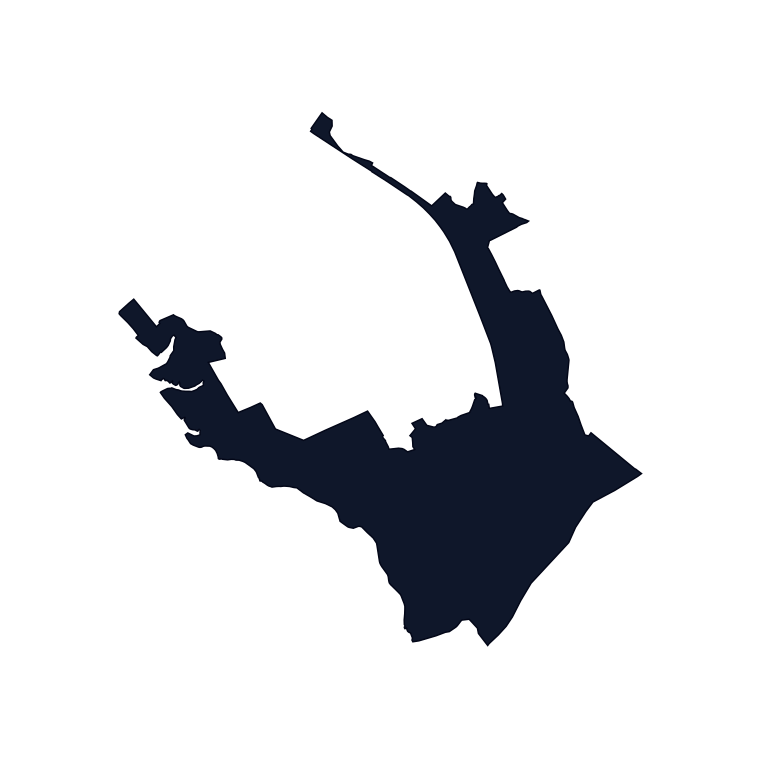 outline of Cernavoda, Constanta, Romania, rotated 202°
{"feature_id": "2599482B32404237581022", "entity_name": "Cernavoda", "entity_type": "district", "adm_level": 2, "iso_a3": "ROU", "parent_name": "Romania", "parent_adm1": "Constanta", "projection": "robinson", "projection_center": [28.079, 44.315], "detail": "fine", "context": "isolated", "style": "filled", "palette": "ink", "viewbox_px": 768, "rotation_deg": 202, "n_neighbors": 0, "source": "geoboundaries", "source_scale": "gbopen_adm2", "svg_char_len": 6171}
<svg xmlns="http://www.w3.org/2000/svg" viewBox="0 0 768 768"><g transform="rotate(202 384 384)"><path d="M173.0,254.5L153.3,306.2L152.7,322.9L149.1,341.4L146.1,352.8L130.1,371.9L114.2,393.4L111.7,397.4L119.0,399.4L119.5,399.2L173.8,416.3L174.8,412.5L178.5,412.0L179.3,412.7L186.1,420.0L191.9,426.7L198.9,433.4L202.3,437.8L202.9,438.2L203.4,438.3L204.1,438.2L204.6,437.9L207.1,439.9L209.8,441.4L213.5,443.0L212.0,449.3L212.7,451.2L214.0,452.8L215.1,454.6L215.9,456.6L221.4,475.2L221.8,476.0L223.2,477.8L225.1,480.1L228.8,483.2L229.9,484.8L233.0,490.3L237.9,495.6L243.4,500.2L254.2,510.4L270.0,524.0L272.2,525.8L274.6,529.4L274.9,529.5L275.5,529.1L280.1,523.8L281.0,523.8L283.5,524.5L285.0,524.2L287.6,523.0L290.2,521.2L291.1,521.0L293.8,521.0L295.1,520.7L297.9,519.1L300.4,516.8L301.4,516.7L302.8,517.6L306.3,520.2L311.8,525.3L311.7,525.4L321.2,533.9L326.6,538.9L332.4,544.0L337.9,548.6L339.1,549.2L340.0,556.4L339.0,557.3L319.9,579.0L318.8,580.9L316.4,583.6L312.2,587.1L311.0,589.2L313.8,589.2L313.7,589.1L315.1,589.0L317.7,589.2L321.0,588.9L328.1,589.8L329.5,589.7L330.9,589.3L331.9,589.4L334.7,591.1L342.2,596.4L340.5,601.0L344.3,603.9L346.2,604.7L347.7,601.6L348.2,601.6L349.1,599.9L349.6,599.8L350.2,598.8L351.7,599.0L354.5,600.4L363.2,606.4L363.7,608.3L364.5,608.3L369.5,606.4L372.8,605.9L372.9,605.2L372.5,603.0L372.2,597.0L371.3,594.0L370.2,589.6L368.5,584.5L369.7,583.4L370.4,581.3L371.1,580.2L372.0,577.8L372.5,577.3L373.2,577.1L374.7,577.5L376.6,577.6L385.1,577.1L389.1,578.6L390.4,579.3L391.1,580.2L392.1,582.2L393.0,582.7L393.8,582.4L398.7,584.0L406.5,567.0L431.3,573.0L431.9,572.9L438.6,574.5L455.2,577.9L455.7,577.6L477.5,581.9L477.4,584.7L481.1,585.1L486.2,584.6L498.4,584.0L500.7,584.5L503.3,583.7L508.8,583.7L516.0,587.3L527.0,594.1L529.1,597.2L528.7,603.7L531.0,609.0L536.3,610.0L543.0,612.2L547.3,593.7L546.2,593.1L546.7,590.8L543.1,589.9L497.9,580.9L475.1,576.7L474.8,576.3L456.5,572.9L433.6,568.1L431.8,567.9L422.2,565.1L413.5,562.1L405.5,558.7L397.9,555.0L390.9,550.9L385.6,547.5L376.7,540.9L367.9,533.0L321.0,483.7L300.2,461.4L298.0,458.5L288.8,445.5L267.0,410.6L265.7,408.0L277.2,400.8L279.3,404.4L280.1,404.2L282.1,407.2L283.0,408.0L284.4,408.8L286.0,409.4L288.1,409.7L288.3,410.1L295.9,409.6L295.9,409.1L296.1,409.0L295.9,407.8L294.7,406.1L294.5,406.5L293.3,405.4L293.6,405.1L293.5,404.6L294.0,403.4L293.6,396.6L293.6,394.0L294.0,389.5L300.7,383.7L302.7,381.3L302.5,381.2L303.6,379.8L310.5,374.5L311.8,374.1L312.2,373.5L313.2,374.0L315.6,369.4L319.4,366.3L319.8,363.9L321.4,362.7L328.8,361.7L335.7,366.1L343.3,358.0L338.0,354.3L340.6,345.8L337.8,345.0L335.6,340.8L333.7,336.7L330.9,334.8L336.7,329.9L341.0,330.9L343.0,330.9L346.5,329.9L354.9,325.4L356.7,327.5L360.8,331.0L361.5,332.1L364.5,333.6L365.4,334.3L365.7,334.8L365.4,335.9L373.5,342.0L378.1,345.6L389.1,352.7L399.4,341.5L421.2,319.0L437.4,301.6L467.8,301.6L489.2,319.2L491.6,320.0L498.9,312.3L508.5,302.9L525.2,315.1L535.3,323.2L539.0,325.5L555.0,338.2L540.8,348.3L543.4,353.0L546.9,355.8L550.8,359.5L551.8,361.3L551.2,364.9L551.8,366.1L553.1,366.7L556.3,367.5L557.7,367.1L558.9,367.7L565.0,368.1L575.4,362.9L576.8,362.6L586.8,363.2L588.5,363.8L593.1,367.5L594.5,368.2L596.3,368.6L601.6,368.7L604.0,368.9L605.1,369.3L615.2,359.1L615.6,358.4L615.6,356.9L614.5,356.1L616.4,351.8L647.8,368.9L650.8,363.3L656.3,352.0L655.9,349.9L653.8,348.8L644.6,345.0L637.3,341.4L629.9,337.0L631.1,334.7L631.2,333.7L622.2,330.5L617.4,330.0L611.5,327.0L605.5,325.2L604.6,325.3L604.0,327.0L603.5,329.3L602.3,329.9L599.3,336.3L598.6,338.8L598.3,343.9L598.9,345.9L598.2,349.3L597.0,350.7L594.2,349.1L594.4,346.9L592.9,339.7L591.4,336.2L592.8,330.2L592.4,328.6L592.8,323.6L593.3,321.3L599.2,314.1L603.1,310.9L604.7,304.8L600.0,303.3L597.4,303.2L592.0,303.6L591.9,304.2L590.9,306.4L590.1,306.5L588.1,305.2L586.4,306.0L584.9,305.6L582.9,304.7L582.2,305.6L581.3,307.6L580.9,307.4L580.9,306.0L580.4,305.4L579.1,305.0L576.7,304.7L575.8,305.4L575.0,306.8L575.1,307.9L574.6,309.3L573.6,308.1L572.8,306.4L571.8,305.6L568.1,305.1L567.1,305.3L563.5,307.0L558.6,311.3L557.5,313.1L555.6,315.4L553.6,319.6L552.9,319.4L552.0,319.3L551.9,319.0L552.1,317.4L550.9,315.0L553.7,312.1L554.4,311.1L555.2,309.1L557.4,306.8L559.6,304.9L561.6,304.3L564.8,303.0L568.8,301.7L570.5,301.5L572.2,301.5L574.8,300.9L579.3,300.9L580.4,299.9L581.4,299.6L583.0,298.7L587.0,294.3L588.1,292.8L588.2,292.4L582.2,288.5L572.3,283.6L564.1,278.3L558.8,275.7L556.6,278.2L555.9,278.4L555.5,277.8L555.9,276.4L555.6,275.6L548.2,270.1L547.0,269.7L544.5,269.9L541.8,270.7L540.3,270.4L539.0,270.5L538.8,271.6L539.0,271.8L538.5,272.7L536.9,272.0L536.4,270.0L535.6,268.3L535.8,267.7L538.1,265.8L540.7,264.6L547.6,265.1L549.2,262.5L546.2,259.7L545.0,259.1L541.0,256.3L538.0,255.9L532.3,256.0L530.9,256.3L529.4,257.2L528.5,258.3L527.0,259.4L522.1,261.2L519.7,261.1L517.6,260.5L515.2,259.4L512.5,257.0L510.4,254.3L509.6,252.8L508.7,252.6L507.8,252.9L507.3,253.6L505.7,253.7L500.6,255.1L497.3,257.0L494.5,258.0L492.8,258.0L489.8,259.1L486.0,259.4L483.4,259.3L474.1,257.0L472.7,256.6L471.7,256.0L469.8,254.9L468.8,254.0L465.5,250.4L464.5,249.9L462.7,247.7L460.7,248.2L459.9,247.7L457.3,247.3L454.2,246.5L452.4,246.3L450.6,246.5L449.7,246.4L449.0,246.6L445.5,248.6L443.4,249.6L441.2,250.4L438.9,251.7L437.3,252.3L433.2,253.6L428.7,254.3L425.9,255.1L417.9,252.9L410.5,251.9L402.4,250.5L393.5,251.2L386.1,250.7L382.0,249.2L378.4,246.9L373.2,240.2L364.1,238.0L362.7,238.0L358.4,238.8L354.4,242.5L353.4,242.9L351.2,243.2L343.8,240.0L336.4,237.2L331.3,233.7L329.9,231.5L321.8,217.9L320.8,216.5L319.4,215.2L317.7,213.9L309.9,209.0L309.1,208.4L307.8,206.8L305.9,203.4L304.6,201.6L302.8,200.5L293.4,196.6L289.9,195.0L288.8,194.1L282.9,187.8L281.3,185.6L280.3,183.1L278.7,178.7L276.9,172.8L275.0,168.5L273.9,167.7L273.6,167.0L273.9,166.7L273.3,166.2L272.9,166.3L273.7,165.6L272.9,165.0L271.7,166.1L269.8,163.9L269.2,163.5L267.7,163.1L266.5,163.1L266.2,163.2L262.5,159.2L262.1,157.0L260.7,155.8L255.5,158.9L241.5,170.0L234.1,176.8L230.7,178.9L226.3,185.5L225.5,187.3L223.9,193.1L223.3,194.3L216.9,197.8L205.9,192.6L203.0,188.1L189.9,180.4L189.3,182.7L184.0,194.2L180.0,205.0L177.7,216.1L176.1,234.4L173.0,254.5Z" fill="#0f172a" stroke="#020617" stroke-width="1.5"/></g></svg>